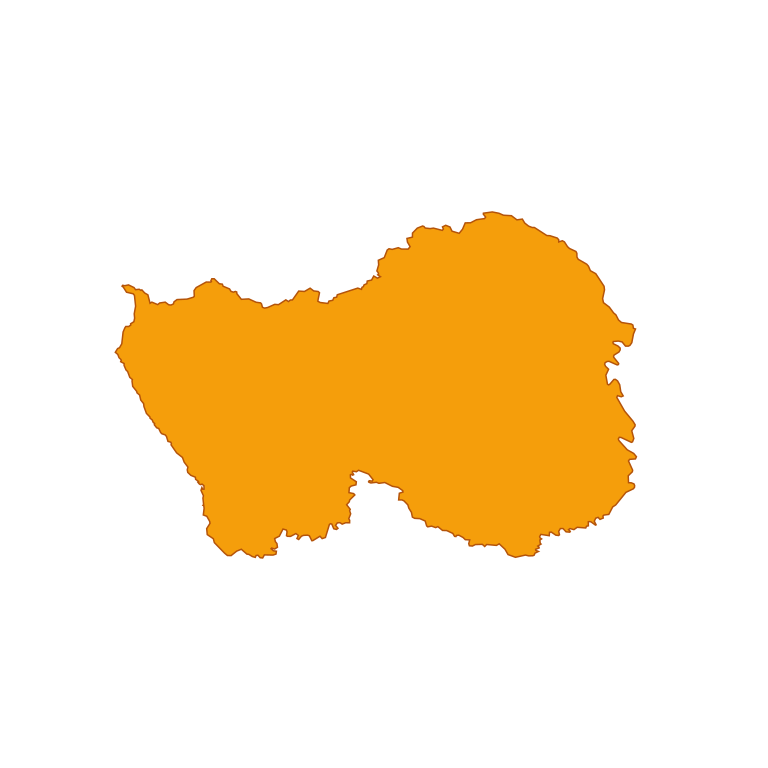 the district of Tayateyaneng, Berea, Lesotho, rotated 139°
{"feature_id": "5366337B60059477935755", "entity_name": "Tayateyaneng", "entity_type": "district", "adm_level": 2, "iso_a3": "LSO", "parent_name": "Lesotho", "parent_adm1": "Berea", "projection": "mercator", "projection_center": [27.766, -29.144], "detail": "fine", "context": "isolated", "style": "filled", "palette": "amber", "viewbox_px": 768, "rotation_deg": 139, "n_neighbors": 0, "source": "geoboundaries", "source_scale": "gbopen_adm2", "svg_char_len": 6171}
<svg xmlns="http://www.w3.org/2000/svg" viewBox="0 0 768 768"><g transform="rotate(139 384 384)"><path d="M600.2,411.2L599.8,410.5L601.3,408.2L606.3,403.7L604.5,400.4L605.7,394.7L606.7,393.0L612.7,391.2L616.2,386.3L614.3,379.2L616.1,375.6L615.3,361.0L614.7,357.3L612.0,354.8L604.8,354.5L600.1,352.9L599.1,345.6L597.8,344.1L596.6,340.2L594.9,337.6L593.1,338.5L591.5,337.5L591.4,334.1L589.7,332.3L586.4,333.5L580.0,327.7L577.1,326.5L574.9,328.4L576.9,330.7L577.3,333.8L576.4,333.9L574.8,331.2L571.5,330.7L569.5,333.8L569.4,336.3L567.9,339.1L562.8,337.8L555.4,340.8L553.5,337.9L554.1,336.1L557.1,333.5L556.8,332.4L554.5,330.3L548.6,328.9L548.0,325.9L551.1,324.5L550.4,322.6L546.2,323.3L544.1,322.6L540.9,320.1L539.9,318.4L541.3,313.1L540.5,312.5L532.2,311.1L532.1,307.9L528.9,306.6L517.4,313.8L516.1,313.7L515.3,312.5L516.9,307.7L515.3,305.4L513.4,305.3L513.3,309.1L510.3,309.8L508.2,308.2L507.5,305.7L503.9,304.4L501.0,301.8L499.3,303.7L499.0,305.4L494.3,307.9L493.1,310.9L491.7,311.6L491.4,317.4L487.5,317.9L485.9,319.0L478.8,319.4L478.8,321.2L481.7,325.0L478.2,328.5L475.7,328.5L471.3,326.3L469.0,328.4L470.9,335.1L469.0,337.5L468.0,337.4L467.5,335.8L466.4,335.5L465.7,338.4L464.7,338.7L462.4,335.9L459.8,335.6L454.7,326.1L455.0,319.0L456.6,318.4L458.6,320.7L459.8,320.3L459.8,319.6L458.8,317.9L454.2,314.8L453.0,312.4L448.0,309.1L444.8,301.3L441.1,296.7L439.8,291.2L440.6,290.0L444.1,291.5L449.0,286.9L446.5,284.7L445.6,282.7L445.3,277.1L446.7,274.1L447.5,269.2L449.9,264.9L449.0,262.5L445.3,258.9L442.8,253.6L444.9,248.9L444.7,247.5L441.3,245.5L439.2,241.7L436.9,241.0L435.9,235.1L432.8,232.2L430.1,226.1L430.7,222.7L429.8,221.7L428.6,222.1L426.7,220.8L425.0,216.2L424.8,213.2L421.6,210.1L424.8,207.9L425.7,205.9L423.6,203.7L420.4,202.9L415.0,198.5L414.6,195.3L411.8,195.5L405.0,188.4L401.9,187.8L401.1,179.9L402.3,173.9L398.5,167.0L389.5,162.1L387.5,159.3L384.3,156.7L382.9,156.3L381.1,157.3L377.3,156.3L378.6,158.9L378.0,159.8L374.5,158.5L374.0,159.2L374.3,160.8L370.5,160.2L370.6,161.3L368.7,164.0L366.7,163.7L367.2,165.6L366.7,166.7L364.3,167.6L358.8,161.1L356.4,163.5L354.9,162.5L353.5,157.2L351.6,155.1L350.5,155.1L348.8,158.2L345.7,159.2L343.7,157.4L343.6,153.0L341.0,150.3L340.1,150.6L340.3,153.0L338.5,152.9L336.2,149.5L332.2,149.1L326.2,143.0L324.5,143.8L322.8,142.9L320.2,146.0L319.4,145.6L318.2,144.1L317.0,138.8L316.3,138.6L315.3,142.5L312.2,143.8L309.9,142.9L309.8,140.1L306.5,139.0L305.4,140.7L304.0,140.8L299.9,138.1L292.0,141.2L288.5,140.7L272.5,143.5L264.5,141.3L262.7,141.7L261.4,143.0L260.9,144.7L262.2,147.2L264.2,149.1L259.9,154.5L254.2,154.8L252.9,155.8L250.0,165.5L248.1,166.0L243.4,162.5L241.2,163.5L241.1,167.8L243.6,174.8L243.8,187.3L243.2,188.8L241.4,189.4L240.2,188.2L235.6,177.7L234.4,177.3L231.2,179.0L227.7,186.2L222.3,187.5L221.2,188.5L220.5,192.7L220.2,205.7L217.1,221.2L215.4,222.0L213.3,218.7L211.3,218.1L210.4,222.8L206.6,228.8L205.7,233.1L206.3,235.7L207.5,236.6L213.7,235.7L215.0,235.9L215.5,237.2L210.8,245.1L204.8,247.8L205.2,251.9L204.6,254.0L203.3,255.0L201.0,254.7L199.3,253.5L195.5,245.4L194.3,244.9L193.4,245.6L193.1,253.5L192.5,254.3L191.4,254.9L185.7,254.0L183.4,254.8L182.2,256.2L182.5,259.2L184.5,263.9L184.1,265.0L183.1,265.6L179.0,262.7L176.7,259.5L176.9,254.2L174.8,252.3L173.1,251.8L169.9,252.6L162.9,258.1L158.1,260.5L159.2,262.4L157.5,265.2L158.0,267.0L164.4,274.6L165.0,278.5L163.6,284.1L164.1,287.0L163.5,294.2L165.0,301.4L163.0,305.0L155.8,310.4L153.8,313.4L151.8,328.3L153.9,334.1L152.4,338.8L152.4,341.4L155.6,350.7L155.1,353.2L152.7,356.1L152.2,358.1L155.1,364.6L155.4,367.3L154.6,372.9L155.4,375.1L158.9,376.6L157.5,378.2L157.5,380.5L161.5,387.1L163.7,389.2L167.8,403.4L169.5,404.9L171.3,408.3L172.2,413.2L171.4,417.7L176.0,420.7L177.4,427.4L183.1,433.0L185.2,437.4L189.4,442.8L196.9,447.7L197.6,447.1L197.8,443.3L199.6,442.9L206.4,447.3L212.9,448.9L217.0,452.3L223.2,449.3L228.4,448.4L232.4,454.7L231.2,459.2L233.3,463.3L236.8,464.2L237.5,462.0L239.2,461.7L244.4,469.2L247.2,471.0L250.6,474.7L250.5,476.6L251.2,477.9L256.6,479.8L263.5,479.2L266.2,476.2L271.2,478.8L273.2,475.7L274.2,470.5L277.3,470.0L282.3,474.4L283.8,477.5L289.5,480.2L291.5,482.8L293.7,483.0L300.9,479.2L307.1,481.1L309.9,477.4L315.2,474.0L315.3,471.9L316.0,470.5L317.1,470.5L316.3,467.3L319.5,468.2L320.9,472.2L325.2,470.6L329.1,472.7L331.1,471.0L334.0,471.9L335.7,471.0L337.2,471.4L338.9,470.2L340.9,473.6L360.7,482.0L362.8,480.6L365.2,482.0L367.8,480.8L371.1,482.7L373.5,481.6L378.8,487.5L379.6,490.0L372.8,495.2L373.0,497.0L376.0,500.4L376.9,504.8L383.3,506.0L387.4,510.1L397.9,507.5L399.6,508.8L402.0,508.9L402.9,511.9L411.6,513.1L414.2,515.8L421.7,518.1L424.3,519.6L425.4,521.6L423.9,524.8L423.9,526.2L426.9,529.6L430.2,536.9L436.1,541.5L435.8,548.7L434.8,550.1L435.5,551.4L437.4,552.1L438.7,554.3L438.2,557.1L441.3,563.4L440.5,565.4L442.5,567.7L443.1,574.8L444.9,576.4L446.9,575.5L447.1,574.5L448.0,574.6L451.3,577.6L462.5,580.0L466.1,579.1L469.7,574.6L471.0,574.6L477.0,577.3L484.8,583.5L488.5,583.8L490.4,582.6L492.9,583.3L494.5,585.0L495.4,589.3L500.1,592.3L502.7,592.4L505.5,598.1L507.6,598.4L503.7,606.2L504.9,609.7L505.0,613.9L506.0,614.1L506.6,616.1L509.6,618.2L509.4,620.8L511.8,626.4L515.2,628.3L516.4,629.9L517.5,629.7L517.2,628.1L518.1,622.2L514.1,616.6L514.2,614.6L520.4,605.7L526.5,600.8L529.0,597.3L531.9,595.1L535.7,595.7L536.5,594.6L539.0,594.9L541.1,596.8L542.7,596.4L546.8,594.4L555.5,586.4L559.8,584.9L561.8,585.5L566.0,584.2L565.5,581.0L566.7,577.7L566.5,575.3L566.7,574.3L568.1,573.6L566.7,570.0L568.0,568.5L569.5,563.8L569.3,561.6L571.5,555.8L571.0,552.4L572.2,551.6L575.2,547.1L575.5,540.6L576.2,539.4L575.7,536.0L578.1,531.5L578.3,526.9L580.0,524.4L582.6,517.6L582.3,512.7L583.0,511.6L582.5,509.0L583.4,506.3L583.0,504.7L584.1,503.9L584.3,500.1L583.2,498.2L584.4,493.9L584.3,492.2L582.5,489.1L582.6,487.1L584.7,482.4L583.1,480.0L583.6,478.4L584.6,477.8L585.7,468.1L584.3,460.8L586.1,456.0L586.5,449.9L588.8,448.3L590.1,446.0L589.7,441.8L587.5,437.4L588.7,435.7L588.0,432.4L588.2,431.6L588.9,431.9L589.0,429.9L588.6,428.5L587.0,427.8L586.6,425.4L588.8,422.7L589.9,423.6L589.4,425.3L591.9,423.8L593.6,418.1L595.5,416.7L599.2,411.4L600.2,411.2Z" fill="#f59e0b" stroke="#b45309" stroke-width="1.5"/></g></svg>